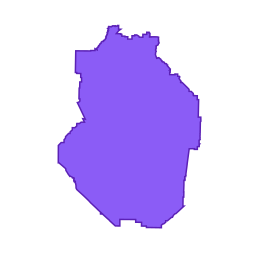 the district of Lockhart, New South Wales, Australia, rotated 262°
{"feature_id": "25037944B87274721652905", "entity_name": "Lockhart", "entity_type": "district", "adm_level": 2, "iso_a3": "AUS", "parent_name": "Australia", "parent_adm1": "New South Wales", "projection": "natural_earth1", "projection_center": [146.896, -35.322], "detail": "fine", "context": "isolated", "style": "filled", "palette": "violet", "viewbox_px": 256, "rotation_deg": 262, "n_neighbors": 0, "source": "geoboundaries", "source_scale": "gbopen_adm2", "svg_char_len": 5421}
<svg xmlns="http://www.w3.org/2000/svg" viewBox="0 0 256 256"><g transform="rotate(262 128 128)"><path d="M83.7,181.5L83.9,181.5L98.9,185.7L98.9,185.8L98.3,190.8L97.6,190.7L97.2,193.7L99.9,194.1L99.7,195.9L101.0,196.1L101.8,196.4L102.0,196.6L102.0,196.2L105.9,196.7L105.9,196.9L106.5,197.8L106.7,197.7L108.8,198.1L109.3,198.1L110.4,198.2L110.8,198.4L111.6,198.5L111.9,198.5L112.4,198.5L112.7,198.7L123.9,200.5L124.5,201.1L128.6,201.6L129.0,199.1L146.3,201.9L146.5,200.5L150.3,201.1L150.9,197.4L151.6,197.5L151.7,197.2L153.2,197.4L153.3,197.3L155.4,195.7L155.8,193.6L157.7,193.8L158.1,193.5L158.3,193.5L165.5,188.0L165.5,187.0L166.1,187.1L166.1,186.5L167.6,186.8L168.7,185.9L169.2,185.9L169.7,185.5L170.1,185.5L170.7,185.8L171.3,186.4L171.8,186.3L172.0,186.1L172.3,184.4L174.5,184.7L174.9,182.0L174.3,181.9L174.6,179.6L175.1,176.7L177.5,177.1L177.4,177.5L180.0,178.0L179.9,177.5L180.5,178.0L182.9,176.4L183.0,176.4L184.1,175.6L184.3,175.8L184.7,175.9L184.7,175.6L185.5,175.3L186.0,175.2L186.4,174.8L186.5,174.6L186.4,174.1L186.5,173.8L186.8,173.4L187.1,173.2L187.8,173.2L188.0,173.1L188.7,171.9L188.7,171.2L189.4,170.8L190.0,171.0L190.7,170.2L191.6,170.0L192.1,169.4L193.3,168.4L193.4,167.7L193.0,167.2L193.3,166.9L193.1,166.1L193.7,166.1L195.0,165.7L196.1,165.5L197.1,165.4L198.0,165.7L198.7,165.8L199.3,166.0L199.7,166.5L200.2,166.6L201.3,166.1L202.1,166.4L202.4,166.9L202.5,167.0L203.2,166.7L203.5,166.8L204.0,167.2L204.6,167.3L204.9,167.3L205.2,167.1L205.3,167.5L205.6,167.8L205.9,168.9L206.3,169.5L206.5,169.5L207.1,169.7L207.6,170.3L207.7,170.5L208.0,170.6L208.6,170.6L209.0,170.2L209.6,170.4L210.2,170.2L210.3,170.4L210.7,170.6L211.1,170.6L211.4,170.5L212.1,170.5L212.8,170.8L213.7,170.9L214.2,169.5L215.1,163.5L214.9,163.5L215.1,162.0L216.1,162.2L216.1,162.5L218.6,162.9L218.7,162.2L219.8,162.3L220.2,159.9L218.1,159.6L218.7,155.8L215.8,155.3L216.4,151.8L217.1,151.7L217.4,151.5L218.9,149.7L219.2,147.6L218.4,147.5L218.8,144.8L215.5,144.3L216.1,140.1L218.4,140.5L218.8,137.6L219.4,137.7L219.8,134.7L221.6,134.9L221.8,133.7L222.4,133.9L223.1,129.6L225.5,132.1L226.8,134.5L227.2,132.4L230.8,133.0L230.8,132.9L230.8,132.6L231.0,132.0L230.8,131.8L230.7,131.8L230.6,132.0L230.4,132.0L230.4,131.6L230.5,131.3L230.4,130.9L231.0,129.9L230.9,129.5L230.5,129.4L230.4,129.3L230.8,128.9L231.1,128.7L231.1,127.8L231.3,127.5L231.3,127.2L231.3,126.8L230.9,126.6L230.8,126.2L230.7,126.0L230.8,125.8L230.6,125.5L230.8,125.2L230.7,124.8L230.8,124.6L230.9,124.3L231.0,123.8L230.9,123.4L231.2,123.1L231.0,122.8L230.6,122.6L230.2,122.6L229.4,122.7L229.5,122.2L229.3,121.7L229.2,121.8L229.0,122.2L228.8,122.3L228.6,122.3L228.5,122.1L228.0,122.0L227.6,122.2L227.5,121.6L227.0,121.4L226.8,121.4L226.6,121.4L226.5,121.7L226.4,121.8L226.0,121.7L225.9,121.6L225.9,121.0L225.8,120.8L225.6,120.6L225.4,120.6L225.0,120.6L224.7,120.5L224.4,120.7L224.3,120.9L224.2,120.9L223.9,120.7L223.3,120.3L223.2,120.2L223.2,119.9L222.5,119.7L222.3,119.4L222.0,119.3L221.9,119.0L221.6,119.2L221.3,119.0L221.0,118.9L220.9,118.7L220.5,118.7L220.3,118.9L220.2,118.9L220.0,118.5L219.9,118.3L219.4,118.2L219.1,117.9L219.0,117.6L218.7,117.5L218.4,117.2L218.3,116.7L218.2,116.3L217.9,116.4L217.7,116.3L217.6,116.1L217.7,115.9L217.7,115.7L217.2,115.3L217.3,115.2L217.3,114.8L217.3,114.4L217.0,114.0L216.8,113.5L216.6,113.3L216.3,113.2L215.5,113.0L215.4,112.7L215.2,112.3L215.2,111.9L214.9,111.7L214.6,111.6L214.4,111.5L214.2,111.3L214.0,111.2L213.9,110.9L213.7,110.7L213.7,110.4L213.4,110.2L213.2,110.1L213.0,110.4L212.9,110.4L212.7,110.2L212.9,110.0L212.7,109.8L212.6,109.6L212.4,109.6L212.2,109.5L212.0,109.4L212.0,109.1L211.8,108.9L211.6,108.7L211.4,108.1L211.1,108.2L210.5,108.1L210.4,108.1L210.2,108.3L209.7,108.3L210.8,106.7L211.1,106.3L209.3,106.1L209.9,101.9L209.5,101.8L211.7,87.0L190.3,83.6L190.1,84.9L189.2,84.8L188.5,88.8L184.6,88.2L184.2,89.0L180.1,88.4L180.3,86.7L174.3,85.7L174.3,85.2L163.7,83.5L163.5,84.4L161.4,84.1L161.2,83.8L160.9,83.6L160.6,83.1L160.2,81.7L160.2,81.4L142.7,86.9L143.4,84.8L143.5,84.5L139.8,85.7L140.3,82.4L139.2,80.6L139.6,78.0L139.3,77.9L139.2,77.8L137.1,77.5L135.7,75.4L136.1,72.9L133.9,72.6L132.3,70.2L130.7,69.8L130.9,68.4L128.8,65.8L128.2,65.0L126.8,64.7L126.0,64.0L125.4,63.1L122.5,62.6L122.9,59.8L120.4,56.6L103.2,54.1L103.1,54.8L96.7,60.4L96.5,60.6L96.0,60.7L95.2,60.6L94.8,60.6L93.9,60.9L92.9,61.4L90.5,62.4L89.1,63.2L88.3,63.6L88.5,63.9L86.5,66.6L86.4,66.5L86.3,67.0L86.0,66.9L86.0,67.6L85.9,67.7L85.2,67.6L84.7,67.3L84.5,67.1L83.9,67.3L83.5,67.0L83.3,66.9L83.2,66.9L83.1,67.1L83.3,67.3L83.3,67.5L83.2,67.6L82.6,67.2L82.3,67.2L82.2,67.4L82.2,67.5L82.4,68.0L82.4,68.4L82.2,68.4L81.8,68.3L81.7,68.2L81.7,67.8L81.0,68.1L80.8,68.3L80.5,68.4L80.3,68.4L78.3,68.5L75.8,68.2L74.6,68.6L74.1,68.8L67.1,74.6L64.2,76.9L61.2,79.2L59.1,80.6L52.9,85.6L50.9,87.1L47.4,90.0L47.6,88.9L46.7,88.8L46.3,90.8L40.6,95.5L40.3,95.9L40.2,96.0L38.5,97.1L32.8,101.8L32.1,106.3L38.6,107.2L36.3,122.9L33.6,122.5L32.7,128.3L29.0,127.7L28.3,132.5L27.7,132.5L27.3,132.5L27.1,132.6L26.9,132.5L26.5,135.1L24.6,147.2L27.1,147.5L28.1,149.0L28.1,150.0L29.4,152.2L30.9,152.4L30.6,154.1L33.2,158.2L33.4,158.6L33.4,159.6L33.9,159.7L34.5,160.4L35.2,160.8L36.3,162.2L36.5,162.6L36.5,163.3L36.7,163.7L42.8,172.5L42.9,171.5L51.9,172.9L51.8,173.6L56.9,174.4L56.9,174.2L64.2,175.5L64.3,175.5L68.4,176.1L68.2,177.1L69.4,177.4L69.4,177.0L71.9,177.4L71.7,178.2L73.2,178.6L73.1,178.8L74.3,178.9L83.7,181.5Z" fill="#8b5cf6" stroke="#5b21b6" stroke-width="1.5"/></g></svg>